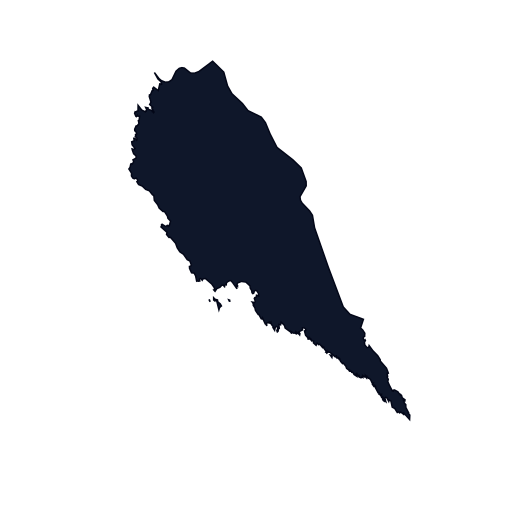 Kilrush Lea-5, Clare, Ireland (Natural Earth projection), rotated 249°
{"feature_id": "5873133B68451217430396", "entity_name": "Kilrush Lea-5", "entity_type": "district", "adm_level": 2, "iso_a3": "IRL", "parent_name": "Ireland", "parent_adm1": "Clare", "projection": "natural_earth1", "projection_center": [-9.571, 52.715], "detail": "fine", "context": "isolated", "style": "filled", "palette": "ink", "viewbox_px": 512, "rotation_deg": 249, "n_neighbors": 0, "source": "geoboundaries", "source_scale": "gbopen_adm2", "svg_char_len": 6094}
<svg xmlns="http://www.w3.org/2000/svg" viewBox="0 0 512 512"><g transform="rotate(249 256 256)"><path d="M295.6,318.3L303.5,328.0L307.6,329.5L322.0,329.8L332.6,324.9L349.9,314.5L365.1,312.9L377.1,312.6L383.8,310.7L394.6,300.6L403.2,298.0L416.1,291.7L424.9,290.4L439.2,291.8L453.4,285.3L448.7,268.8L448.7,264.1L450.2,260.5L457.1,256.5L458.4,254.3L458.7,251.6L457.2,247.6L450.7,240.7L449.8,236.8L450.8,233.6L453.7,230.5L456.4,229.0L463.7,226.9L456.4,227.9L452.6,229.8L449.5,229.4L450.5,229.1L451.2,227.9L445.5,224.0L450.3,221.0L449.5,219.6L447.5,219.3L447.6,218.3L444.3,215.2L444.6,214.3L443.1,213.5L437.3,213.1L435.5,211.0L432.0,212.9L431.6,211.8L426.9,212.4L426.4,211.7L428.0,210.8L429.0,211.2L431.0,208.6L432.3,207.9L432.9,208.3L434.3,206.2L432.0,206.4L430.6,205.5L430.9,204.8L430.3,204.3L431.8,202.9L433.3,201.6L438.9,199.9L433.7,197.8L433.9,196.5L433.4,195.6L434.0,194.9L432.7,193.8L429.5,193.9L429.0,194.2L429.7,195.4L429.2,195.2L428.2,197.4L424.7,195.6L424.6,194.7L421.6,194.2L420.1,191.6L420.4,190.7L417.9,188.2L416.4,187.7L414.8,188.5L412.6,188.4L412.6,187.1L411.4,187.0L411.1,186.2L408.5,187.1L407.3,186.7L406.8,186.0L409.4,185.0L409.7,184.1L407.2,183.6L407.2,180.9L404.2,180.2L399.7,181.6L399.2,180.3L400.4,178.7L399.0,178.5L395.3,178.4L392.6,179.8L391.1,179.6L390.3,178.7L389.9,175.6L387.9,175.6L386.1,173.4L386.9,172.6L386.7,172.0L383.9,170.2L382.8,168.5L377.9,169.5L375.4,168.4L372.9,168.9L371.7,170.0L371.7,172.0L369.7,172.8L368.5,172.5L368.1,171.4L364.8,172.0L362.0,174.9L357.7,176.9L355.1,179.8L350.2,181.3L349.1,182.3L344.3,181.0L339.1,182.6L335.3,182.8L330.9,185.1L330.3,186.5L325.1,187.6L322.6,187.3L319.3,188.8L315.3,185.9L315.7,185.5L315.1,184.7L316.4,184.1L315.9,182.9L316.2,182.0L319.3,179.7L319.1,179.0L317.6,178.5L317.2,177.7L309.9,181.4L308.2,180.2L304.5,181.4L304.1,182.8L296.7,185.5L291.9,185.4L287.2,186.4L283.6,188.9L277.2,190.5L275.0,192.5L270.7,192.4L270.0,191.4L270.1,190.1L268.1,189.5L263.4,189.8L262.2,192.1L259.1,192.5L253.9,191.6L254.0,192.3L253.2,192.8L252.8,194.6L254.8,195.0L255.0,195.7L254.6,196.5L252.6,197.1L253.7,198.4L253.1,200.7L245.8,204.6L241.4,205.7L239.3,205.4L238.9,204.9L239.5,204.8L239.5,204.4L237.7,205.1L239.6,207.8L239.7,211.1L240.9,213.5L240.6,215.0L237.8,215.8L239.4,215.5L240.1,217.0L239.7,217.9L241.2,218.5L242.1,220.0L242.4,222.6L242.0,223.7L239.8,224.6L232.2,226.5L235.0,226.9L234.4,227.7L235.7,227.6L235.5,228.1L236.2,228.0L237.4,229.0L237.5,233.2L235.3,237.2L230.2,239.7L228.1,239.1L225.3,239.6L223.2,239.1L221.8,239.6L222.5,239.4L222.0,239.6L222.2,240.7L224.0,241.9L224.0,243.3L223.1,244.3L220.4,244.9L217.7,244.1L219.2,242.4L217.5,241.5L217.6,240.0L217.0,239.2L213.9,239.1L213.1,238.1L214.3,236.0L212.1,236.7L212.1,236.1L210.8,236.3L210.7,235.8L208.0,236.4L205.3,236.0L200.6,237.1L200.3,237.7L195.5,238.4L194.9,239.3L195.7,239.9L189.3,240.3L188.7,241.0L189.5,241.0L188.5,241.5L189.5,241.8L189.6,243.0L188.8,244.2L189.3,244.5L188.3,245.1L188.9,245.4L188.3,245.6L188.8,246.3L186.2,246.0L183.3,246.9L183.1,246.2L180.0,246.8L182.6,248.5L183.0,249.9L182.2,250.4L180.8,250.4L178.9,248.7L177.5,248.7L177.8,249.6L179.9,250.9L180.1,251.8L183.9,252.8L182.9,254.3L185.3,255.8L180.9,257.7L178.3,257.4L172.6,261.1L170.7,261.5L172.7,261.8L170.6,263.3L169.9,265.0L168.3,266.0L170.7,265.5L171.3,266.1L168.6,267.4L169.0,267.8L166.7,268.5L167.8,269.2L169.9,268.8L170.3,272.8L172.3,273.7L171.5,275.4L169.8,276.2L168.6,275.7L168.7,274.4L164.2,273.9L161.2,275.1L159.8,274.8L159.4,275.7L160.7,276.5L157.7,277.3L158.3,277.6L156.7,278.0L156.0,279.3L154.3,278.5L151.1,280.1L152.8,281.8L151.1,282.7L150.2,282.5L151.2,283.1L150.7,284.0L147.4,285.1L148.1,285.4L146.6,286.7L146.1,286.2L142.3,287.2L142.3,287.8L141.4,286.9L141.2,287.9L140.9,287.0L139.9,287.3L140.6,288.6L139.5,290.6L133.4,293.8L133.3,294.7L134.8,295.5L133.0,294.8L131.6,295.1L132.0,296.1L130.2,296.5L130.9,297.0L130.4,297.3L127.3,297.2L124.6,298.2L124.9,299.0L120.9,300.4L118.6,300.3L116.2,301.9L115.8,303.3L116.0,301.8L115.0,302.0L113.8,304.4L114.0,303.6L113.1,303.7L112.7,304.7L110.2,305.1L108.1,306.6L109.3,306.5L108.5,307.2L110.0,306.9L110.3,308.0L109.9,308.0L110.4,308.1L107.4,308.5L108.3,308.8L107.4,308.7L107.4,309.5L106.1,308.9L104.7,310.3L104.6,311.1L105.3,311.7L104.4,312.3L105.8,312.7L104.3,313.2L106.1,313.4L104.1,314.2L104.4,314.8L103.3,315.2L105.0,315.5L104.2,315.8L104.6,315.9L104.3,316.4L101.2,317.0L101.6,317.1L101.0,318.0L99.2,318.7L95.9,318.9L95.3,320.0L94.6,318.7L92.1,319.3L92.3,319.9L93.1,319.6L92.8,320.5L91.7,320.9L90.9,320.7L91.1,320.2L84.6,321.0L84.4,321.8L83.0,321.3L81.9,323.7L81.5,323.3L81.9,322.9L80.9,323.0L81.6,322.2L80.6,322.5L80.8,322.9L79.1,322.6L78.8,323.4L79.3,323.5L78.6,324.0L77.6,323.9L78.1,323.2L77.5,322.9L75.6,323.0L74.5,323.6L75.6,323.6L73.5,324.2L74.7,324.3L73.5,325.0L77.4,325.4L77.6,326.4L76.8,327.3L72.8,327.8L73.9,328.5L72.3,330.0L66.1,329.0L63.9,330.9L59.3,331.8L59.6,333.0L58.2,333.8L58.6,334.2L57.9,335.2L58.2,335.4L55.4,337.0L56.1,337.3L55.6,337.7L56.0,337.9L48.3,340.8L52.4,342.6L54.7,341.7L54.9,342.3L60.9,341.6L63.6,342.6L65.4,341.8L68.8,341.9L69.3,342.8L67.7,343.2L68.3,343.6L71.2,341.7L73.6,341.9L74.2,341.1L74.8,341.5L76.2,340.3L78.4,339.8L81.3,337.3L81.5,336.2L80.6,335.7L81.0,334.9L87.5,334.2L91.6,334.0L93.5,335.3L96.0,335.0L96.5,335.8L98.7,336.0L99.1,337.3L99.7,336.9L99.9,337.6L104.5,337.6L113.4,334.4L114.7,334.8L119.4,333.9L125.9,331.1L131.8,329.5L130.4,328.6L130.6,326.8L134.0,325.7L136.6,326.3L138.0,327.9L138.5,327.8L138.1,327.4L138.8,327.1L138.3,327.1L138.7,326.6L140.8,326.6L141.9,327.4L142.0,328.6L144.9,329.9L149.5,328.9L149.1,328.9L151.3,327.8L158.4,333.6L167.9,322.8L177.2,319.2L219.6,319.5L261.4,320.8L273.8,323.3L278.8,322.2L288.9,318.0L292.1,317.5L295.6,318.3ZM227.0,203.9L228.8,204.3L230.3,202.3L232.2,201.5L230.1,200.7L228.9,201.4L230.1,202.0L227.9,203.2L219.1,202.1L220.8,203.4L221.8,205.6L221.1,205.9L224.0,205.5L227.0,203.9ZM135.1,291.1L136.4,290.6L136.9,289.8L134.1,290.5L135.1,291.1ZM224.9,214.8L223.4,214.9L223.2,215.3L224.2,215.6L224.9,214.8ZM231.1,196.5L229.7,196.8L232.3,196.8L231.1,196.5ZM186.8,241.2L188.6,241.1L188.6,240.7L186.8,241.2Z" fill="#0f172a" stroke="#020617" stroke-width="1.5"/></g></svg>